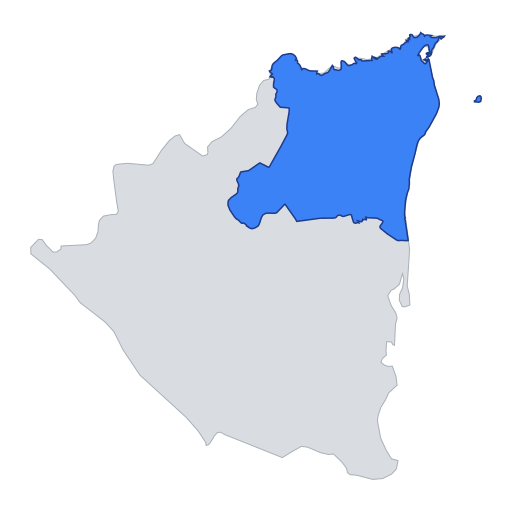 where Atlántico Norte sits in Nicaragua
{"feature_id": "NIC-657", "entity_name": "Atlántico Norte", "entity_type": "Autonomous Region", "adm_level": 1, "iso_a3": "NIC", "parent_name": "Nicaragua", "parent_adm1": "", "projection": "robinson", "projection_center": [-84.139, 14.031], "detail": "fine", "context": "in_parent", "style": "filled", "palette": "blue", "viewbox_px": 512, "rotation_deg": 0, "n_neighbors": 0, "source": "natural_earth", "source_scale": "10m", "svg_char_len": 7589}
<svg xmlns="http://www.w3.org/2000/svg" viewBox="0 0 512 512"><path d="M441.9,36.5L439.4,40.4L436.6,42.9L430.8,55.3L428.8,56.4L428.4,47.2L424.9,46.0L420.9,49.3L418.6,54.0L422.2,60.1L425.3,60.2L429.0,61.9L439.2,104.5L437.1,112.0L430.8,123.9L424.8,133.9L418.8,140.2L411.4,167.0L404.7,210.5L409.6,249.7L407.2,285.8L409.3,294.4L409.9,305.0L405.0,306.9L402.2,306.6L399.3,300.1L399.6,294.3L402.6,287.6L403.8,278.5L402.4,273.7L399.5,284.1L394.4,288.8L391.0,290.4L387.7,295.7L391.2,305.6L395.7,312.8L397.1,318.0L395.5,324.2L394.5,345.3L392.9,344.7L391.3,341.9L386.6,341.7L386.0,350.2L386.4,355.0L382.4,358.6L380.9,362.3L384.2,364.9L387.8,366.4L392.3,366.1L396.0,376.6L397.1,385.1L388.6,393.0L385.7,399.5L380.9,407.3L378.2,415.1L377.4,420.7L380.7,438.3L386.5,450.8L391.5,458.8L398.0,460.5L396.5,468.8L391.6,474.1L382.6,478.6L372.7,479.4L356.5,475.2L350.0,474.7L347.4,472.5L346.6,468.4L342.0,462.2L333.5,454.0L328.6,454.5L320.6,452.7L307.4,447.1L301.3,446.4L292.5,451.3L282.3,457.6L257.6,447.7L240.3,440.8L224.8,434.6L220.6,432.2L217.2,432.7L214.3,436.0L210.9,441.7L209.8,443.4L208.0,445.0L206.0,445.4L205.9,442.7L198.3,431.2L186.2,417.4L139.9,375.1L123.0,349.8L113.9,331.6L105.2,322.1L80.2,302.7L74.5,295.0L49.8,269.1L30.9,253.9L30.7,247.4L38.5,239.3L42.3,239.7L46.4,245.5L53.1,252.0L56.3,252.1L60.9,249.1L61.1,246.0L86.4,244.7L91.0,243.0L95.6,238.3L98.0,231.6L98.4,225.2L99.3,220.6L103.4,216.1L110.8,214.7L116.6,214.3L118.3,211.3L116.6,201.5L113.5,177.8L112.9,171.2L114.0,166.2L116.3,164.4L127.5,163.3L148.8,165.2L152.9,163.7L161.5,150.3L169.4,140.4L175.1,136.0L179.5,134.6L184.6,143.4L202.6,156.0L205.6,155.2L207.4,154.5L207.9,152.7L207.6,146.9L212.1,141.6L221.4,136.9L230.8,128.5L240.2,116.5L248.4,109.5L255.3,107.4L257.9,104.1L256.3,99.7L256.8,93.4L259.6,85.2L263.6,80.5L268.9,79.2L271.0,76.6L269.9,72.8L270.9,68.5L275.6,61.6L287.0,55.6L293.5,57.6L298.9,65.6L306.5,71.1L316.4,74.0L324.0,72.9L329.5,67.9L334.4,66.4L338.7,68.3L341.0,67.2L341.3,63.0L343.5,62.0L347.8,64.3L351.6,64.9L354.9,63.8L356.2,61.8L356.8,59.6L359.3,58.1L367.8,59.6L377.4,57.2L387.9,50.8L395.0,47.9L398.4,48.7L402.6,45.4L407.4,38.2L418.5,35.0L441.9,36.5Z" fill="#d9dde1" stroke="#a8b0b8" stroke-width="1"/><path d="M269.9,76.8L270.4,76.0L272.4,73.9L269.9,71.9L269.4,70.9L270.8,70.4L271.3,70.2L271.6,69.6L272.1,65.7L272.9,64.1L274.1,62.8L274.3,62.7L275.7,61.6L277.3,60.3L281.5,55.8L283.0,54.9L288.5,53.8L290.9,53.6L293.2,54.4L295.2,56.1L296.5,58.5L296.3,58.8L295.6,59.9L295.5,60.1L297.3,60.3L297.6,61.6L297.5,63.0L299.3,64.4L300.3,66.1L301.7,69.7L303.3,68.5L305.1,68.7L308.6,70.4L310.6,70.9L317.3,71.1L316.9,71.9L316.7,73.9L318.1,73.4L319.0,74.0L320.0,74.9L321.4,75.4L322.4,75.1L324.7,73.6L328.1,72.3L329.8,70.0L331.1,67.4L332.3,65.4L333.1,66.4L333.8,69.1L334.5,69.7L335.9,69.8L338.1,70.4L339.1,70.4L341.0,69.3L341.4,67.0L341.0,62.2L341.5,60.9L342.6,60.8L343.9,61.3L344.7,61.8L345.4,62.5L347.5,65.1L348.6,65.6L350.0,65.5L352.2,64.7L352.7,64.4L353.1,63.9L353.6,63.5L354.4,63.3L355.2,63.4L355.6,63.7L356.0,63.7L356.6,63.3L356.6,62.5L355.8,61.6L355.2,60.7L354.1,58.2L355.1,57.3L355.8,57.3L357.9,58.7L358.1,59.2L358.4,59.6L359.4,59.7L360.9,59.7L361.4,59.9L361.6,60.7L363.1,61.0L372.1,60.4L371.7,59.6L371.7,58.6L372.1,56.2L373.2,56.9L374.7,58.7L375.9,59.0L375.7,58.6L375.3,57.6L376.0,57.9L376.3,58.0L376.6,58.3L377.2,59.0L378.3,57.9L379.9,56.9L381.7,56.2L383.4,56.2L382.7,55.7L382.2,55.2L381.6,54.0L386.6,53.6L388.5,52.8L388.3,51.2L389.5,51.1L390.4,51.3L391.1,51.7L391.4,52.6L392.1,52.6L391.3,49.6L391.6,48.5L393.3,47.6L395.1,47.3L397.1,47.4L398.8,48.0L399.6,49.1L400.3,49.1L400.6,47.8L400.8,46.4L401.3,45.3L403.5,44.3L405.8,42.3L407.1,41.9L406.9,41.5L406.7,40.8L406.5,40.5L407.8,40.9L408.3,41.2L408.0,39.8L408.2,38.6L408.7,38.1L409.6,39.1L409.6,37.5L409.8,36.8L410.2,36.2L409.6,35.1L409.9,34.6L410.9,34.5L412.0,34.7L412.5,35.2L413.6,37.1L414.5,37.6L416.6,37.4L418.5,36.1L419.9,34.4L420.7,32.6L421.9,33.6L423.0,34.1L424.0,34.8L424.5,36.2L425.8,35.1L427.4,35.0L431.4,35.5L430.3,36.1L430.3,36.6L430.9,37.2L432.0,37.6L432.4,37.6L436.4,37.6L438.8,36.4L440.1,36.2L443.2,36.3L444.4,36.1L443.7,37.2L442.0,38.1L441.2,39.0L439.9,37.3L438.8,38.5L437.9,40.7L437.2,41.9L436.1,42.5L435.0,44.0L434.2,45.8L433.8,47.2L433.6,47.7L432.4,48.9L432.0,49.7L431.7,50.7L431.6,52.9L431.4,54.0L430.6,55.3L429.5,56.2L426.4,57.6L426.6,56.9L426.9,56.4L427.6,55.4L427.6,56.2L427.9,55.6L428.1,55.2L428.2,54.6L428.2,54.0L427.5,54.4L427.2,54.5L426.4,54.0L426.4,53.3L427.5,52.7L428.5,52.6L429.4,53.0L430.1,54.0L430.0,52.0L429.1,49.3L428.8,47.2L428.2,45.1L426.9,44.8L425.5,45.4L424.4,46.1L422.6,48.0L418.6,53.7L417.6,56.2L418.5,55.2L418.8,54.7L420.1,55.8L421.1,60.1L421.7,61.1L422.9,61.9L424.2,63.3L425.6,63.8L427.0,61.8L426.3,61.2L424.6,60.0L423.9,59.7L424.9,59.1L425.9,59.4L426.9,60.4L427.6,61.8L427.6,59.5L428.2,58.7L429.0,59.6L432.6,77.8L432.8,78.4L433.7,80.4L434.4,85.3L438.9,99.6L439.3,103.7L438.9,107.2L436.4,113.8L428.9,127.4L425.6,131.8L425.2,133.5L424.5,134.8L420.2,138.1L418.3,141.0L417.1,144.3L414.9,154.0L411.4,167.1L409.3,179.0L409.4,184.1L409.0,186.6L409.0,188.5L407.1,193.7L405.5,200.6L404.5,214.0L404.7,216.5L405.3,217.9L404.6,218.6L405.1,219.9L408.2,240.5L406.5,240.7L401.9,240.4L398.2,240.6L396.5,240.0L387.6,234.1L380.7,228.5L380.3,228.1L380.1,227.6L380.0,227.1L380.0,226.5L380.2,225.9L380.6,225.3L382.3,223.0L382.6,222.3L382.8,221.7L382.9,221.2L382.5,220.7L381.8,220.3L380.3,219.8L379.3,219.4L378.6,218.9L377.7,218.4L375.9,218.1L368.5,217.8L367.2,217.7L366.8,217.4L365.8,217.2L366.3,218.4L366.4,219.5L366.1,219.9L365.3,219.3L364.6,219.3L363.8,219.9L363.4,219.8L362.8,219.3L362.0,221.5L360.9,221.8L359.5,221.2L357.8,220.8L358.3,221.4L358.8,222.4L359.0,222.9L357.6,222.6L355.4,223.3L354.6,222.9L354.0,222.8L353.5,222.1L353.2,221.4L351.4,215.2L351.2,214.7L350.4,214.5L349.2,214.7L343.7,216.4L342.8,216.4L341.8,216.1L341.1,215.6L340.6,215.3L340.1,215.2L339.4,215.1L338.8,215.1L338.1,215.4L337.1,216.1L336.0,217.4L334.9,217.9L333.1,218.1L320.4,218.2L296.8,221.4L295.2,218.6L286.1,205.7L285.5,204.7L285.2,204.3L284.8,204.2L276.6,212.8L275.7,213.1L274.3,213.3L268.3,213.1L265.2,213.5L262.9,215.0L261.7,216.9L261.0,218.7L259.9,222.3L258.8,225.0L258.0,226.0L257.1,226.7L254.5,228.1L252.1,228.7L251.2,228.6L248.3,227.3L247.7,226.3L246.6,226.1L246.4,225.9L246.3,225.0L246.1,224.6L245.8,224.4L244.6,223.7L243.9,223.2L243.5,223.0L243.2,223.0L242.7,223.2L242.1,223.3L241.9,223.2L241.6,223.2L241.4,223.1L241.2,222.9L238.5,220.3L238.0,219.8L237.6,219.5L236.4,219.0L234.6,217.0L229.9,210.0L228.0,205.3L228.1,201.6L228.6,200.2L231.4,197.4L236.4,193.9L237.4,192.9L237.7,192.1L237.8,191.2L237.8,190.7L237.8,188.8L238.8,185.5L238.6,184.6L238.2,183.2L237.6,182.0L236.8,180.2L236.8,179.3L236.9,178.7L237.9,178.0L238.5,177.1L239.2,175.9L240.1,173.4L240.5,172.4L240.9,171.9L248.3,170.7L248.5,170.7L259.6,163.0L259.9,162.9L268.6,167.3L269.0,167.1L269.5,166.6L281.1,146.0L286.6,135.6L287.5,133.6L287.6,132.4L286.8,128.6L287.1,123.8L289.1,111.9L289.2,109.4L289.0,107.9L280.9,107.3L280.2,107.1L279.8,106.8L278.4,105.1L276.9,103.5L275.2,101.0L275.0,100.2L274.9,99.5L275.1,98.9L275.8,97.4L275.9,96.9L275.8,94.7L275.9,94.0L277.0,92.0L277.1,91.0L277.0,90.2L276.7,89.6L276.3,89.2L274.9,88.3L273.7,87.3L273.5,87.0L273.5,86.7L273.5,85.7L273.5,84.8L273.5,84.2L273.7,83.2L273.8,82.7L273.7,82.1L273.9,81.5L274.4,80.0L274.3,79.3L274.2,78.6L274.0,78.2L273.8,77.8L273.5,77.5L273.2,77.4L272.6,77.2L272.1,77.2L272.3,76.8L269.9,76.8ZM477.5,96.8L479.0,95.9L480.2,95.9L481.0,96.8L481.3,98.5L480.7,101.4L479.0,102.2L474.2,101.8L473.8,101.7L474.1,101.7L474.4,101.7L474.5,101.4L474.4,101.0L475.9,100.1L476.5,98.9L476.8,97.7L477.5,96.8Z" fill="#3b82f6" stroke="#1e3a8a" stroke-width="1.5"/></svg>